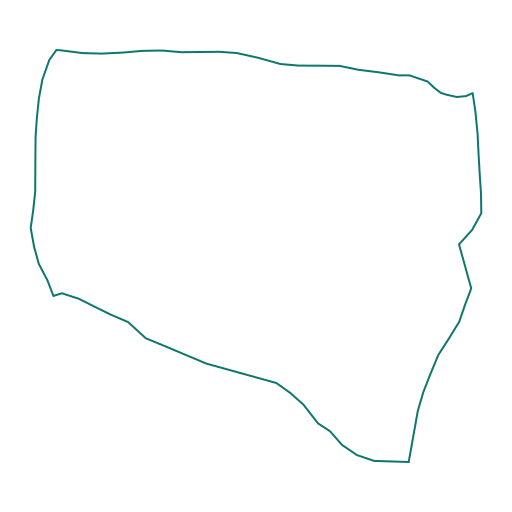 the district of Wadrah, Hajjah, Yemen
{"feature_id": "15242507B24431012567492", "entity_name": "Wadrah", "entity_type": "district", "adm_level": 2, "iso_a3": "YEM", "parent_name": "Yemen", "parent_adm1": "Hajjah", "projection": "albers", "projection_center": [43.471, 15.714], "detail": "fine", "context": "isolated", "style": "outline", "palette": "teal", "viewbox_px": 512, "rotation_deg": 0, "n_neighbors": 0, "source": "geoboundaries", "source_scale": "gbopen_adm2", "svg_char_len": 1055}
<svg xmlns="http://www.w3.org/2000/svg" viewBox="0 0 512 512"><path d="M56.4,50.0L49.3,60.0L42.4,79.5L38.9,98.5L36.9,117.6L35.6,136.2L35.4,154.9L35.3,172.3L35.2,191.7L33.2,210.3L30.7,227.9L34.1,246.9L38.8,263.9L47.4,280.2L53.4,295.9L62.0,293.3L78.9,298.8L94.4,306.6L110.2,314.4L128.1,322.1L145.8,338.3L163.6,345.6L206.3,363.6L276.3,383.0L290.5,393.1L290.9,393.5L303.5,404.7L318.0,423.4L330.0,431.2L342.1,445.0L357.0,455.1L374.1,460.9L408.7,462.0L417.8,410.9L423.3,392.2L430.3,374.3L438.4,354.8L448.8,338.7L459.2,321.8L465.1,304.6L470.0,291.8L471.2,288.2L459.0,244.4L472.1,229.9L481.3,213.2L481.0,193.4L479.7,174.0L479.0,161.6L478.6,155.0L477.6,134.1L475.4,111.7L472.7,93.3L470.9,93.8L469.4,94.6L467.5,95.4L466.0,96.1L456.9,97.0L447.0,94.8L440.8,92.9L434.0,87.6L427.6,81.5L409.1,75.3L399.0,75.4L378.8,72.3L358.5,69.8L339.5,65.9L320.2,65.7L298.9,65.6L280.3,64.0L258.2,57.8L236.5,53.0L219.0,51.8L201.1,52.0L181.4,52.2L162.5,50.6L154.9,50.6L141.9,50.9L122.5,52.6L101.7,53.6L82.7,53.1L60.6,50.3L56.4,50.0Z" fill="none" stroke="#0f766e" stroke-width="2"/></svg>